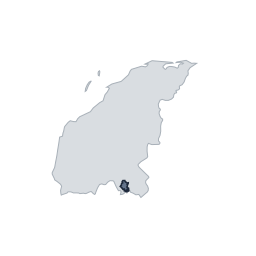 Nacaome, Valle, Honduras (highlighted), rotated 322°
{"feature_id": "27666195B51489907150139", "entity_name": "Nacaome", "entity_type": "district", "adm_level": 2, "iso_a3": "HND", "parent_name": "Honduras", "parent_adm1": "Valle", "projection": "natural_earth1", "projection_center": [-87.534, 13.506], "detail": "fine", "context": "in_parent", "style": "filled", "palette": "slate", "viewbox_px": 256, "rotation_deg": 322, "n_neighbors": 0, "source": "geoboundaries", "source_scale": "gbopen_adm2", "svg_char_len": 5102}
<svg xmlns="http://www.w3.org/2000/svg" viewBox="0 0 256 256"><g transform="rotate(322 128 128)"><path d="M221.9,119.3L214.1,118.7L210.5,119.8L208.9,122.3L207.5,123.4L206.3,123.2L204.0,124.1L200.5,126.3L197.3,127.2L194.5,126.6L193.7,127.2L193.4,127.9L193.0,128.6L191.9,129.0L190.6,128.8L189.2,128.0L188.5,128.3L188.4,129.7L187.6,130.1L186.2,129.4L184.6,130.0L182.8,131.7L180.2,132.0L176.9,131.1L174.4,129.2L172.6,126.5L170.4,125.8L166.6,127.8L165.1,130.2L164.7,131.6L165.1,133.0L164.4,133.8L162.7,134.3L161.3,135.9L160.4,138.7L160.2,140.8L160.8,142.3L159.9,143.4L157.6,144.2L154.9,146.6L151.8,150.7L148.7,153.5L145.6,155.1L144.1,156.9L144.2,158.9L144.0,159.5L143.4,159.8L142.4,160.0L136.5,155.7L134.7,152.7L133.2,153.2L131.4,154.7L128.7,158.1L125.9,162.7L124.5,163.2L117.5,162.5L113.7,162.9L113.0,163.5L112.6,165.2L112.8,167.5L113.9,175.5L114.4,178.9L113.9,179.9L112.0,180.1L109.5,180.5L108.1,182.1L107.8,183.6L107.7,185.8L106.9,188.1L105.4,189.7L103.9,190.3L95.4,190.7L95.6,187.0L93.1,185.5L91.8,182.3L90.5,180.2L90.9,179.0L90.8,177.5L87.4,176.3L84.2,177.2L82.3,176.6L81.0,175.8L83.3,174.0L83.5,172.9L82.7,172.0L81.9,171.5L82.2,169.4L82.6,166.9L84.0,161.2L83.5,160.2L81.3,158.4L78.6,158.2L75.6,158.8L74.2,157.9L72.9,155.9L70.8,155.0L67.0,156.5L62.9,158.9L61.7,159.8L60.7,159.7L60.2,157.9L60.0,155.8L59.8,155.3L57.7,154.5L55.2,154.0L53.9,153.4L52.7,151.9L49.7,150.1L49.0,148.7L45.0,145.5L44.2,144.0L43.3,142.8L41.4,141.4L39.9,141.7L34.8,139.9L34.1,139.8L34.8,138.2L36.4,135.7L39.9,133.0L40.2,130.8L39.2,126.5L38.3,123.8L38.8,122.6L39.9,117.6L40.8,116.5L45.8,114.0L46.3,113.6L50.2,110.1L54.7,106.2L59.2,101.9L64.3,97.2L67.2,94.4L68.5,93.1L71.4,94.1L73.7,91.9L75.1,91.1L78.2,88.4L79.2,87.8L84.4,86.7L86.9,86.7L89.1,89.5L90.9,91.0L94.2,89.7L97.0,89.4L108.4,92.0L113.0,90.8L121.3,90.6L125.1,91.2L130.4,87.6L133.8,86.9L137.8,85.2L137.2,83.4L136.3,82.7L142.4,83.4L151.4,87.1L161.1,86.4L164.6,84.5L166.8,83.9L176.8,87.7L179.4,90.6L181.4,90.8L183.0,90.2L183.4,89.6L181.5,89.0L180.6,88.0L188.4,89.8L203.2,103.5L203.5,104.6L197.2,100.6L193.9,100.9L193.0,101.5L193.2,103.8L193.5,104.8L194.9,104.9L196.0,104.3L198.6,105.0L200.3,106.5L202.4,108.8L203.6,111.2L205.0,111.2L206.3,109.8L208.8,109.6L210.4,111.2L211.6,111.1L210.0,108.6L206.2,106.1L207.1,106.0L215.5,110.5L217.9,116.2L219.9,117.5L221.9,119.3ZM123.1,70.1L118.3,72.9L116.8,72.8L119.0,70.7L122.6,68.8L125.6,67.9L128.1,68.3L123.1,70.1ZM139.7,67.1L137.4,69.2L137.0,68.3L138.1,66.4L139.5,65.3L140.8,65.4L140.5,66.2L139.7,67.1Z" fill="#d9dde1" stroke="#a8b0b8" stroke-width="1"/><path d="M91.7,166.3L91.3,166.3L90.5,166.6L90.3,166.7L90.3,166.8L90.1,167.9L89.9,167.8L89.7,168.0L89.4,168.0L89.3,167.9L89.3,167.7L89.0,167.7L88.4,168.0L87.5,169.1L86.9,168.9L86.3,169.1L85.9,169.3L86.1,169.6L86.1,169.8L86.1,171.0L86.2,171.3L86.3,171.3L86.3,171.5L86.2,171.7L86.2,171.9L86.4,172.1L86.3,172.3L86.2,172.6L86.2,172.8L86.2,173.1L86.3,173.1L86.3,173.3L86.4,173.5L86.5,173.5L86.8,173.5L87.0,173.6L87.4,173.6L87.5,173.7L87.4,173.8L87.2,174.0L86.9,174.1L86.7,174.4L86.7,174.5L86.8,174.5L86.9,174.9L87.0,175.0L86.9,175.2L86.7,175.1L86.5,175.3L87.1,175.6L87.2,175.8L87.2,175.7L87.3,175.6L87.2,175.4L87.2,175.2L87.2,175.4L87.3,175.5L87.3,175.4L87.3,175.5L87.5,175.6L87.4,175.8L87.5,176.0L87.2,176.1L86.9,176.5L87.0,176.7L87.3,176.5L87.3,176.4L87.5,176.4L87.8,176.3L88.0,176.4L88.0,176.1L88.1,175.9L88.2,176.0L88.3,176.0L88.2,176.1L88.3,176.1L88.2,176.0L88.1,176.3L87.9,176.5L87.9,176.4L87.7,176.4L87.7,176.5L87.8,176.6L88.1,176.5L88.1,176.4L88.3,176.4L88.2,176.5L88.2,176.4L88.3,176.4L88.1,176.4L88.1,176.5L88.3,176.6L88.4,176.4L88.4,176.5L88.5,176.5L88.5,176.4L88.5,176.5L88.6,176.8L88.7,176.7L88.7,176.8L88.4,176.7L88.5,176.8L88.4,176.9L88.5,176.9L88.6,177.0L89.1,176.8L88.9,177.0L88.7,177.3L88.9,177.2L89.0,177.2L88.9,177.2L88.8,177.4L88.9,177.5L89.0,177.5L89.3,177.5L89.3,177.4L89.3,177.5L89.3,177.4L89.4,177.2L89.4,177.3L89.5,177.4L89.5,177.2L89.6,177.3L89.5,177.5L89.6,177.4L89.5,177.5L89.4,177.4L89.3,177.5L89.2,177.5L89.3,177.7L89.4,177.8L89.5,177.8L89.6,177.7L89.7,177.8L89.9,177.6L89.9,177.4L90.0,177.3L89.9,177.4L89.8,177.2L89.7,177.2L89.8,177.2L89.8,177.3L89.9,177.2L89.9,177.4L90.0,177.3L89.9,177.3L90.0,177.2L89.9,177.2L89.9,177.3L90.0,177.3L90.2,177.2L90.3,177.2L90.2,177.2L90.2,177.3L90.3,177.4L90.4,177.2L90.5,177.1L90.4,176.9L90.2,176.9L90.2,177.0L90.2,176.9L90.1,176.6L90.2,176.4L90.2,176.5L90.3,176.4L90.5,176.3L90.6,176.2L90.8,176.1L91.0,175.9L90.9,175.8L90.9,175.6L91.0,175.5L91.2,175.4L91.0,175.2L91.1,175.3L91.1,175.2L91.0,174.9L90.9,174.8L90.8,174.7L90.6,174.6L90.6,174.4L90.6,174.2L90.8,173.9L91.0,173.8L91.0,173.7L91.3,173.7L91.5,173.5L91.6,173.4L91.9,173.2L92.0,173.2L92.2,172.9L92.3,172.8L92.4,172.7L92.4,172.4L92.5,172.2L92.6,171.9L92.6,171.7L92.8,171.6L93.0,171.7L93.4,171.8L93.5,171.8L93.6,172.0L93.8,172.1L93.9,171.9L94.0,171.8L94.5,171.3L94.3,171.2L94.2,171.2L93.8,171.0L93.6,170.8L93.2,169.9L93.1,169.6L93.2,169.4L93.1,169.1L92.9,169.1L92.7,169.0L92.7,168.9L92.8,168.6L93.0,167.8L93.1,167.7L93.2,167.4L92.9,167.2L92.6,167.1L92.4,167.0L92.2,166.8L91.9,166.6L91.8,166.3L91.7,166.3Z" fill="#64748b" stroke="#1e293b" stroke-width="1.5"/></g></svg>